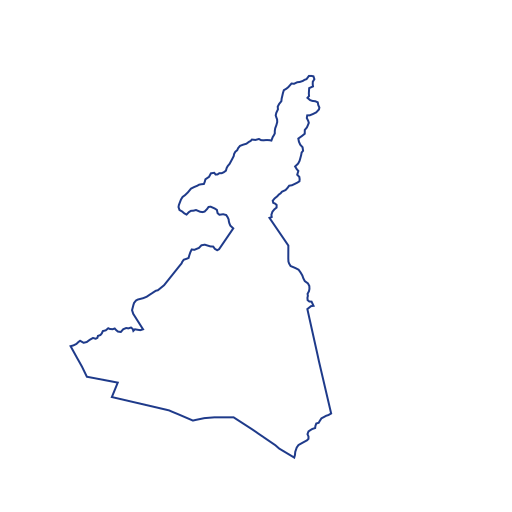 the district of Vitorino Freire, Maranhão, Brazil, rotated 24°
{"feature_id": "56859067B11407876745319", "entity_name": "Vitorino Freire", "entity_type": "district", "adm_level": 2, "iso_a3": "BRA", "parent_name": "Brazil", "parent_adm1": "Maranhão", "projection": "orthographic", "projection_center": [-45.344, -4.155], "detail": "fine", "context": "isolated", "style": "outline", "palette": "blue", "viewbox_px": 512, "rotation_deg": 24, "n_neighbors": 0, "source": "geoboundaries", "source_scale": "gbopen_adm2", "svg_char_len": 3794}
<svg xmlns="http://www.w3.org/2000/svg" viewBox="0 0 512 512"><g transform="rotate(24 256 256)"><path d="M178.6,328.5L174.5,334.8L172.7,337.7L170.1,340.4L165.8,343.8L164.5,345.4L163.7,348.4L163.9,350.5L164.8,355.9L167.4,358.8L182.6,368.9L180.5,370.8L178.0,371.5L175.2,372.2L174.4,374.3L173.1,372.8L170.9,372.2L168.9,374.0L166.7,374.6L164.5,376.9L163.4,380.4L160.6,381.2L158.2,380.5L156.4,379.7L154.8,381.2L152.2,382.1L150.4,382.1L149.0,385.0L146.6,386.9L146.6,389.5L146.0,391.5L144.1,393.3L144.4,395.3L143.2,396.8L140.4,397.2L138.2,400.2L136.4,403.4L133.8,405.4L129.8,405.0L128.8,406.7L127.7,409.4L125.6,411.9L123.3,413.8L134.4,422.2L137.0,424.1L142.2,428.0L150.6,435.1L181.2,427.9L181.7,443.5L239.4,432.4L242.4,432.4L249.3,432.2L265.3,432.0L267.7,430.2L274.8,425.1L283.8,420.2L295.7,414.9L301.2,412.5L322.9,415.9L327.9,416.8L329.8,417.2L350.7,421.0L355.5,422.5L372.9,424.6L372.5,421.9L371.5,418.9L371.1,414.4L371.7,411.4L374.3,407.9L375.9,405.8L377.6,403.6L378.3,401.7L377.4,399.6L375.5,397.8L375.3,394.9L376.6,392.8L377.8,391.1L380.0,389.1L379.4,387.1L379.2,384.5L381.1,382.9L381.3,380.9L381.8,377.7L383.6,375.4L385.1,373.4L386.8,371.9L388.7,369.3L356.4,326.7L352.3,321.1L324.5,283.6L326.7,279.4L328.8,278.1L325.3,275.1L323.2,275.9L321.1,275.3L320.0,273.3L319.6,271.3L318.5,269.6L318.7,266.6L318.2,264.3L316.9,261.7L314.6,259.9L310.8,259.1L308.4,257.2L306.2,254.9L303.4,252.9L300.5,251.2L297.3,251.0L295.2,251.0L291.7,251.1L289.3,249.4L287.9,247.9L286.5,245.1L281.3,233.3L252.8,215.7L254.5,214.0L253.3,212.1L253.0,208.8L253.8,205.9L255.1,203.4L254.1,201.0L252.3,200.4L250.1,200.4L248.8,198.7L249.6,195.8L251.1,192.9L251.9,190.5L253.0,188.7L253.5,186.8L256.2,183.7L257.1,181.0L257.7,178.3L260.0,176.8L261.9,174.6L263.9,172.2L265.3,170.1L264.7,168.2L263.4,166.1L260.6,165.0L260.1,161.1L257.9,160.1L255.3,158.3L256.2,156.2L256.9,154.4L257.1,151.4L256.8,149.2L256.2,145.4L255.6,142.9L256.2,140.7L254.3,137.7L251.1,136.3L248.7,134.1L246.9,131.5L249.2,127.6L250.8,124.5L249.3,121.0L250.2,117.9L250.2,115.9L250.1,112.9L248.7,111.3L246.3,109.3L245.6,106.7L247.9,105.6L250.3,103.1L252.6,100.3L253.9,96.5L253.5,94.6L251.5,92.8L249.9,90.5L247.2,90.5L244.4,91.4L242.0,91.6L238.7,90.6L239.4,88.3L238.2,86.1L237.4,84.0L236.3,81.0L239.1,77.9L237.9,75.9L237.0,73.7L237.4,70.7L235.4,68.5L233.5,68.9L231.1,70.0L230.2,73.9L228.7,75.3L227.5,77.1L225.2,79.2L223.0,80.5L220.7,83.2L218.3,84.0L216.8,88.7L215.7,90.8L214.0,93.2L214.3,96.0L214.9,99.0L215.4,101.7L216.2,104.3L215.3,107.6L215.1,110.7L216.4,113.1L216.3,116.9L216.8,119.5L218.3,121.2L219.7,122.6L220.9,125.0L221.4,128.3L221.6,131.5L222.3,134.1L223.3,136.4L223.2,138.5L222.9,140.4L223.1,144.3L220.9,144.8L218.2,145.9L215.7,147.3L213.5,148.1L211.1,147.9L208.3,150.2L204.9,151.3L204.3,153.1L203.1,154.6L201.6,157.3L198.9,159.6L196.6,161.9L195.8,164.8L195.8,167.0L194.7,169.2L194.5,171.7L195.0,173.8L194.8,177.4L194.4,182.6L193.6,185.3L193.4,187.5L193.8,190.3L192.5,192.6L191.0,194.3L188.8,195.3L187.7,197.1L186.0,198.0L184.0,197.0L181.2,198.8L180.9,202.8L178.6,206.5L179.0,209.0L179.1,211.4L176.7,212.8L175.0,214.0L173.8,215.7L171.5,218.1L169.2,220.9L167.9,225.6L166.4,229.3L164.9,231.9L164.5,234.9L164.8,240.7L165.3,242.8L167.4,245.1L170.5,245.4L173.1,246.2L175.7,246.4L176.8,243.3L178.2,241.2L180.5,240.0L182.5,238.4L187.0,238.3L189.4,237.6L191.0,236.3L192.2,233.0L192.7,230.5L194.5,229.4L196.8,229.4L198.9,229.4L201.5,229.8L203.5,232.5L205.8,233.2L209.0,231.2L212.1,230.7L214.3,232.1L216.1,233.7L217.2,235.5L218.4,237.0L220.2,238.7L224.0,240.0L219.5,264.8L218.2,266.5L215.5,266.2L213.1,264.8L210.4,265.8L204.6,266.5L201.8,268.4L200.6,271.8L197.2,275.4L194.6,276.2L194.5,279.3L194.8,282.6L195.2,285.2L193.9,286.6L191.5,288.8L191.0,291.3L191.0,293.2L190.4,295.2L183.9,320.1L180.3,327.2L178.6,328.5Z" fill="none" stroke="#1e3a8a" stroke-width="2"/></g></svg>